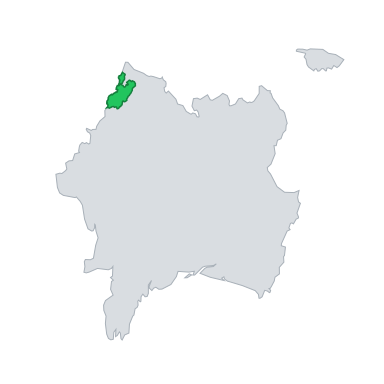 where Moselle sits in France, rotated 276°
{"feature_id": "FRA-5328", "entity_name": "Moselle", "entity_type": "Metropolitan department", "adm_level": 1, "iso_a3": "FRA", "parent_name": "France", "parent_adm1": "", "projection": "equal_earth", "projection_center": [6.833, 49.011], "detail": "fine", "context": "in_parent", "style": "filled", "palette": "green", "viewbox_px": 384, "rotation_deg": 276, "n_neighbors": 0, "source": "natural_earth", "source_scale": "10m", "svg_char_len": 6868}
<svg xmlns="http://www.w3.org/2000/svg" viewBox="0 0 384 384"><g transform="rotate(276 192 192)"><path d="M303.2,150.4L300.6,151.7L299.0,154.3L297.3,154.9L294.2,154.9L292.8,153.3L289.2,154.3L287.7,156.0L289.9,158.0L282.6,166.3L278.0,168.5L277.0,173.9L271.5,177.9L269.5,182.2L269.3,183.1L270.7,184.5L270.1,187.3L267.3,189.1L267.3,190.9L268.1,191.2L272.3,189.7L274.0,188.1L273.1,185.8L277.4,183.0L285.0,183.7L285.9,187.4L284.9,190.5L290.3,197.3L285.6,200.5L285.3,202.6L290.2,209.4L293.3,212.3L291.6,216.9L286.4,219.8L283.1,219.6L281.7,220.3L281.8,221.8L284.1,226.0L289.7,228.7L290.6,231.9L289.0,233.0L286.4,237.8L287.6,240.2L287.1,241.2L287.7,242.8L289.2,244.4L297.0,248.5L304.1,247.8L305.0,250.1L300.7,256.4L300.9,259.3L298.7,259.3L298.4,260.3L294.0,262.4L286.9,268.8L283.6,270.7L282.3,274.0L280.3,275.8L270.2,279.5L268.2,278.7L263.3,278.8L260.2,276.4L254.3,274.9L252.4,271.6L246.9,270.9L246.6,268.7L238.8,270.7L227.9,267.6L224.2,264.3L221.0,265.2L218.1,268.2L206.2,276.0L201.4,284.1L202.1,293.6L204.7,298.3L197.6,297.6L193.3,299.0L192.1,301.0L182.0,298.6L178.2,300.6L177.1,300.4L175.9,298.4L170.9,296.2L171.7,294.6L171.1,293.2L166.4,292.1L164.8,293.5L163.1,290.7L150.1,286.4L147.9,286.4L147.0,290.7L138.5,290.6L137.3,289.8L131.8,290.7L126.2,286.7L119.7,287.5L115.9,283.4L112.1,283.1L106.8,281.0L104.4,279.9L104.1,278.7L102.4,280.5L100.4,280.1L100.0,279.5L101.4,277.3L101.8,274.6L95.1,272.7L93.4,270.7L93.4,269.7L97.1,268.8L100.5,265.2L104.2,251.9L107.1,236.4L108.9,233.4L111.0,232.6L109.4,230.5L107.3,233.3L109.1,219.1L112.0,208.5L117.4,212.8L118.7,214.7L120.1,221.0L123.1,223.7L121.2,221.1L119.5,212.7L118.3,210.3L109.7,203.3L109.5,201.7L113.4,202.6L112.0,197.3L111.6,186.4L106.2,185.3L97.8,180.7L92.3,172.3L91.8,169.2L93.5,166.0L92.3,163.9L89.8,162.4L91.9,159.6L93.7,159.3L99.8,161.0L94.9,158.3L86.6,159.2L83.4,158.3L82.9,156.3L85.3,153.8L82.6,152.3L77.9,152.6L77.4,152.0L78.9,150.2L77.7,149.5L73.9,150.2L71.7,149.6L69.8,147.6L63.6,147.1L62.3,146.0L54.0,143.6L45.1,144.0L42.8,140.0L37.5,138.0L38.7,136.7L44.2,135.5L45.3,134.4L41.5,132.7L40.2,131.1L47.5,130.7L44.3,128.9L37.3,129.1L36.5,126.7L37.6,124.2L41.8,122.0L52.2,119.6L59.6,119.5L65.0,116.7L70.2,115.9L75.0,117.3L81.2,124.3L86.7,121.2L94.6,121.3L96.1,123.0L98.4,119.9L100.1,121.7L109.7,121.1L107.5,119.8L105.9,116.9L106.1,106.0L101.6,98.1L100.5,95.3L100.9,92.9L106.6,93.3L111.4,92.2L113.7,93.0L114.0,98.0L115.8,100.9L129.0,101.8L136.6,103.4L143.1,100.6L149.1,99.3L149.7,98.6L146.2,98.9L143.1,97.7L142.7,96.3L144.5,92.4L153.8,88.0L167.4,84.4L170.9,81.9L175.0,77.5L174.2,76.4L175.2,64.4L177.2,60.5L182.4,57.7L195.4,54.8L196.9,58.6L196.8,60.7L200.1,64.1L201.8,65.1L207.5,63.3L210.1,66.4L210.8,70.0L217.6,71.4L219.5,76.0L220.8,75.0L225.1,75.2L227.1,75.6L229.8,77.6L228.9,80.4L230.1,81.8L228.9,84.3L229.7,85.4L237.5,85.4L239.9,84.2L241.0,81.7L243.4,80.2L244.3,80.6L242.7,85.4L243.8,86.6L244.3,90.0L247.3,90.3L253.1,93.0L257.9,97.6L263.9,96.8L268.7,99.4L273.6,98.0L278.2,99.4L279.8,100.8L284.1,107.1L287.5,105.9L289.8,106.6L290.6,108.5L299.4,107.4L301.1,109.2L302.9,109.8L314.1,112.3L314.3,114.7L307.8,121.5L305.0,131.4L303.1,134.8L302.4,137.3L303.0,139.0L302.7,141.7L301.3,148.2L302.1,150.0L303.2,150.4ZM345.6,287.3L345.1,291.6L346.7,294.7L347.5,307.2L344.2,313.2L343.7,320.5L339.5,329.2L332.9,325.3L330.9,323.2L332.6,319.8L328.8,318.0L329.7,314.8L329.3,313.2L326.6,313.0L326.4,312.2L328.4,309.7L328.3,308.2L325.8,306.2L325.3,304.5L327.7,302.6L326.6,300.9L325.2,300.5L328.5,294.8L330.7,293.1L335.9,291.5L338.0,289.4L341.3,290.6L341.9,290.0L342.9,281.1L344.1,281.0L345.2,282.2L345.6,287.3ZM110.3,197.9L109.5,200.4L106.2,196.1L105.9,193.8L110.3,197.9Z" fill="#d9dde1" stroke="#a8b0b8" stroke-width="1"/><path d="M275.8,99.1L276.0,99.1L276.6,98.8L276.8,98.8L277.0,98.8L279.0,99.6L279.3,99.9L279.5,100.2L279.5,100.4L279.5,100.5L280.7,101.6L280.8,101.8L280.7,102.0L280.3,102.0L280.2,102.3L280.3,102.6L280.7,103.0L282.1,104.1L282.1,104.5L282.5,104.8L282.8,105.4L282.8,105.5L282.9,105.8L283.0,105.9L283.3,105.7L283.6,106.1L283.4,106.5L283.4,106.8L283.7,107.2L283.9,107.3L284.9,107.3L285.7,107.5L286.0,107.5L286.3,107.1L286.3,106.6L286.1,106.2L286.2,105.8L286.4,105.8L287.3,105.9L288.0,105.9L289.5,106.5L290.0,106.6L290.0,107.5L290.2,108.3L290.7,108.6L291.4,108.2L291.3,107.8L291.5,107.7L292.4,108.2L292.8,108.3L293.1,108.4L295.0,108.4L295.5,108.6L295.8,108.6L296.0,108.2L296.3,108.0L296.8,107.9L297.1,107.7L297.2,107.3L297.3,107.2L297.7,107.0L298.2,106.9L298.6,106.9L298.7,107.2L299.6,107.3L300.0,107.4L300.1,107.8L299.9,107.9L299.9,108.0L300.2,108.3L300.7,109.0L301.0,109.2L301.4,109.5L302.4,109.6L302.8,109.8L303.0,110.0L303.2,110.4L303.4,110.5L303.6,110.5L302.9,111.6L302.4,112.6L302.3,112.9L302.1,113.1L301.9,113.2L301.7,113.2L301.3,113.2L300.7,112.8L300.5,112.7L300.3,112.7L300.1,112.7L297.8,113.1L297.1,113.1L296.7,113.0L296.4,112.9L296.2,112.6L296.1,112.4L295.9,112.2L295.7,112.1L294.8,111.9L294.0,111.6L293.1,111.4L292.9,111.3L292.7,111.1L292.4,110.2L292.2,109.8L291.9,109.7L291.6,109.8L291.5,110.1L291.6,110.4L291.6,110.6L291.1,111.1L290.8,111.5L290.8,111.8L290.8,112.1L290.7,112.2L290.6,112.3L289.8,112.9L289.6,113.1L289.5,113.3L289.4,113.5L289.3,113.8L289.3,114.0L289.5,114.3L289.7,114.5L289.8,114.6L290.1,114.8L291.3,115.3L291.7,115.3L291.9,115.4L291.9,115.6L291.5,115.9L291.4,116.2L291.4,116.4L291.5,116.5L291.8,116.7L291.9,117.1L292.0,117.2L292.2,117.3L292.4,117.3L292.6,117.2L292.9,116.7L293.1,116.6L293.3,116.5L293.6,116.5L293.7,116.4L293.9,116.2L293.9,115.7L294.0,115.6L294.3,115.6L294.4,115.9L294.4,116.1L294.6,116.3L294.9,116.4L295.1,116.5L296.3,117.7L296.5,117.8L296.6,118.0L296.6,118.4L296.6,118.5L296.0,119.5L295.7,119.9L295.5,120.2L295.5,120.4L295.6,120.5L295.8,120.7L296.0,120.7L296.1,120.8L296.3,121.0L296.2,121.3L296.0,121.9L295.8,122.6L295.6,123.0L295.3,123.4L294.4,123.8L294.3,124.0L294.1,124.3L291.9,124.5L291.7,124.6L289.2,122.2L288.2,121.8L287.9,121.8L287.3,122.0L287.0,122.0L283.5,120.7L282.6,119.9L281.7,119.7L281.2,119.3L281.0,119.1L280.5,118.4L280.3,118.3L279.5,118.3L279.0,118.1L278.1,117.5L277.6,117.3L277.2,117.4L276.7,117.6L276.3,117.6L275.0,116.1L274.8,115.7L274.7,115.4L274.7,115.1L274.8,114.8L275.0,114.5L275.2,114.3L275.3,114.2L275.2,113.8L275.0,113.6L274.5,113.4L271.4,113.3L271.1,113.1L270.9,112.6L270.7,112.5L269.7,112.2L269.4,111.9L269.3,111.3L269.2,111.1L267.7,110.4L267.4,110.1L267.0,109.2L267.0,108.8L267.3,108.6L268.2,108.3L268.6,108.0L268.7,107.4L268.5,107.0L268.3,106.5L268.1,106.0L268.3,105.7L268.6,105.5L268.8,105.2L268.8,104.9L268.6,104.2L268.5,103.5L268.3,103.2L267.8,102.8L267.6,102.5L267.5,102.0L267.4,101.9L267.2,101.7L266.9,101.4L266.8,101.2L266.8,100.9L267.1,100.1L267.2,99.8L267.1,99.1L266.9,98.4L267.3,98.7L267.6,99.5L267.9,99.4L269.8,99.3L270.1,99.2L270.3,98.9L270.6,98.8L270.6,98.7L270.7,98.4L270.9,98.3L271.5,98.3L271.3,98.0L272.6,97.9L273.2,98.0L273.8,98.1L274.8,98.8L275.4,99.1L275.8,99.1Z" fill="#22c55e" stroke="#15803d" stroke-width="1.5"/></g></svg>